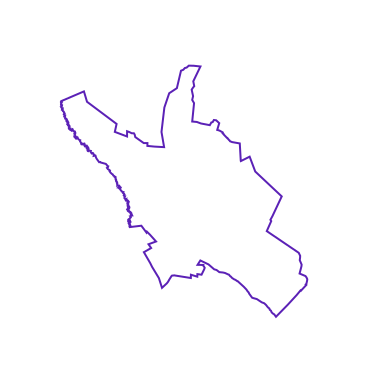 outline of Targu Neamt, Neamt, Romania, rotated 54°
{"feature_id": "2599482B68793228352723", "entity_name": "Targu Neamt", "entity_type": "district", "adm_level": 2, "iso_a3": "ROU", "parent_name": "Romania", "parent_adm1": "Neamt", "projection": "natural_earth1", "projection_center": [26.356, 47.204], "detail": "fine", "context": "isolated", "style": "outline", "palette": "violet", "viewbox_px": 384, "rotation_deg": 54, "n_neighbors": 0, "source": "geoboundaries", "source_scale": "gbopen_adm2", "svg_char_len": 5825}
<svg xmlns="http://www.w3.org/2000/svg" viewBox="0 0 384 384"><g transform="rotate(54 192 192)"><path d="M251.9,272.6L251.1,266.0L250.5,264.0L249.6,262.1L248.0,258.1L247.9,257.3L249.2,255.1L249.6,254.8L260.9,243.5L258.3,241.5L263.6,237.5L261.6,235.9L264.5,232.9L261.7,227.6L260.8,226.3L259.2,226.1L258.2,226.2L257.7,225.7L254.2,230.3L252.3,225.5L260.3,221.2L267.6,219.5L269.5,218.0L272.9,217.0L275.3,214.3L276.9,212.9L280.1,211.1L280.6,210.7L282.6,210.6L283.2,210.3L285.1,210.1L287.5,209.2L288.6,208.5L290.7,207.8L290.9,207.5L299.1,205.8L303.0,205.3L304.9,205.4L306.6,205.2L307.8,205.5L312.8,205.5L313.7,204.9L316.7,202.5L322.3,200.4L324.4,199.0L326.8,198.5L329.9,198.4L331.7,197.9L333.0,198.3L334.4,197.9L336.2,198.3L337.9,198.0L339.3,197.4L342.3,197.4L339.5,180.8L336.9,167.9L335.4,162.0L335.9,161.9L334.4,154.2L333.6,154.3L333.5,153.4L331.4,151.0L330.3,150.0L328.5,149.6L326.7,149.6L321.2,152.9L316.5,147.2L315.2,146.0L310.5,144.9L308.7,143.2L307.2,142.0L303.9,141.4L267.6,154.5L262.1,145.0L260.6,144.9L258.8,141.1L248.3,122.0L212.6,128.8L197.3,124.6L195.7,134.3L195.4,134.2L180.8,124.8L175.2,130.2L173.3,131.4L172.4,131.3L171.9,131.5L169.4,131.6L169.4,131.8L164.4,132.5L164.0,132.3L163.4,132.6L162.4,132.7L162.2,132.2L161.8,132.1L158.4,133.7L156.6,135.1L152.3,129.5L148.2,130.3L146.6,132.0L147.6,134.2L147.1,135.5L148.4,138.3L141.8,144.5L138.2,146.9L135.1,150.4L121.3,138.1L117.6,137.7L115.1,134.8L109.0,132.1L108.1,129.7L107.7,128.0L103.2,125.9L95.4,111.4L90.8,116.5L87.9,120.3L88.2,123.2L87.5,124.9L88.0,127.2L87.4,129.6L99.1,143.2L98.7,152.4L107.4,164.7L125.5,181.4L139.3,188.2L133.1,195.8L128.5,201.0L126.2,199.3L124.0,202.3L114.2,205.6L111.8,204.6L110.3,204.5L109.1,206.2L106.8,207.4L104.7,208.8L108.9,211.9L98.0,219.1L92.6,213.0L57.3,223.9L47.1,220.3L41.7,244.0L42.6,244.3L42.5,244.6L41.9,244.9L42.1,245.2L42.6,245.4L43.1,245.2L43.9,246.4L44.3,246.6L44.2,246.2L44.4,246.1L44.9,246.4L45.4,246.1L45.5,246.2L45.4,246.7L47.1,247.6L47.2,247.8L47.0,248.0L48.2,248.1L49.0,248.9L49.4,248.5L49.3,248.1L50.3,248.8L50.8,248.9L51.6,248.5L52.3,248.8L53.5,248.8L53.6,249.3L53.7,250.0L53.8,250.1L54.5,249.8L54.6,250.0L55.0,249.9L55.5,249.6L55.9,250.2L55.7,250.6L55.9,251.0L56.7,250.6L57.0,250.6L58.0,251.5L58.4,251.3L58.3,251.0L58.8,250.9L59.1,250.6L59.7,250.6L60.0,250.7L60.0,251.0L60.2,251.5L60.6,251.9L61.0,251.9L61.6,251.1L62.1,251.5L62.5,251.5L62.6,251.1L63.0,251.1L63.3,251.4L62.9,252.2L63.4,252.4L63.9,253.1L64.2,253.0L64.2,252.5L64.6,252.3L65.2,253.0L65.8,252.3L66.1,252.3L66.0,252.9L66.4,253.0L66.7,252.8L66.5,252.5L67.2,252.6L67.5,253.0L66.9,253.2L67.8,254.1L68.5,254.4L68.8,254.2L68.6,253.7L69.2,253.1L70.1,254.0L70.3,253.9L70.4,253.5L70.8,253.6L71.7,253.3L71.6,253.0L71.2,252.9L70.8,252.4L70.9,251.7L71.3,251.7L72.3,252.3L73.3,251.9L73.8,251.4L74.2,251.2L74.6,251.7L75.3,251.5L76.0,252.0L75.9,252.4L75.5,252.7L75.7,253.0L77.3,253.1L78.4,253.5L78.7,253.8L78.5,254.2L78.1,254.6L78.4,254.7L78.9,254.2L80.0,254.6L80.4,254.5L80.0,253.7L80.0,253.4L80.4,253.6L81.1,253.5L81.2,253.0L80.2,252.7L80.4,252.5L81.9,252.8L82.9,252.8L83.9,252.4L84.4,252.0L85.2,252.8L87.3,252.8L87.7,253.3L88.1,253.4L88.3,253.4L88.3,252.4L88.5,252.1L89.7,252.2L89.8,252.0L89.8,251.7L89.4,251.7L89.3,251.4L89.6,250.6L90.0,250.7L90.4,251.5L90.8,251.3L91.7,251.4L91.9,251.8L92.1,251.8L92.2,251.3L91.8,250.8L91.9,250.6L92.6,250.3L92.9,250.8L93.7,251.1L93.2,249.9L93.8,249.9L94.5,250.4L95.4,250.6L95.5,250.6L95.5,250.0L95.9,250.1L96.3,250.4L96.1,251.4L96.9,252.1L97.6,252.2L98.0,252.0L98.0,251.5L97.6,250.9L98.4,250.5L99.3,249.7L99.9,250.4L101.7,250.5L102.1,250.4L102.2,250.0L102.0,249.5L102.4,249.2L102.9,249.2L103.9,249.5L104.2,249.4L105.0,250.3L105.7,248.7L106.2,248.8L107.6,249.4L109.1,249.6L113.3,249.6L113.9,248.5L114.5,248.5L118.6,245.2L120.7,245.0L121.5,245.2L122.0,244.7L122.2,244.9L122.6,245.6L122.5,246.4L122.5,246.6L124.0,246.6L125.9,245.8L126.4,245.8L126.5,246.4L126.7,246.5L127.1,246.3L128.0,246.6L130.3,246.2L131.2,245.8L132.4,246.0L133.2,245.6L134.2,245.8L134.6,245.1L135.0,245.0L136.4,246.2L137.1,246.0L138.1,246.5L137.9,246.7L139.0,247.2L139.8,246.8L140.3,246.9L140.8,247.6L141.5,247.6L141.7,248.0L142.3,248.3L142.4,248.1L142.6,248.1L143.0,248.7L143.6,247.8L144.2,247.8L144.3,247.7L144.0,247.5L144.1,247.2L144.9,247.2L144.6,247.8L144.9,247.8L145.2,248.1L145.2,249.0L145.8,248.5L146.1,248.8L146.6,248.7L146.9,247.8L147.3,248.5L148.7,248.6L149.6,248.4L150.3,248.6L151.8,247.5L152.3,248.4L153.1,248.2L153.5,248.0L154.4,248.1L154.6,249.2L155.5,249.2L156.1,248.7L156.3,249.1L156.2,249.3L157.1,250.2L157.5,250.0L158.0,250.1L157.9,250.0L158.1,250.1L158.8,250.1L159.0,249.3L159.7,250.1L160.4,250.0L160.5,250.1L160.8,249.9L160.9,249.6L160.9,249.1L161.3,249.1L161.5,248.9L162.8,248.9L163.1,249.4L162.9,249.6L163.1,249.9L163.7,250.3L162.8,250.6L163.0,250.9L164.4,251.5L164.9,251.3L165.1,251.4L164.9,251.7L165.2,252.1L165.5,252.0L166.0,252.4L166.5,252.0L166.7,251.4L166.9,251.4L167.1,251.5L166.9,251.9L167.0,252.0L167.9,251.9L168.0,252.0L168.3,252.6L167.9,253.1L168.5,253.3L168.6,253.5L168.2,253.6L168.4,254.0L167.8,254.2L168.0,254.7L168.5,254.5L169.3,255.0L169.8,255.0L170.3,254.8L170.0,254.5L170.2,254.1L170.9,254.5L171.7,253.6L172.0,253.6L172.1,253.9L173.1,254.4L173.4,254.2L173.3,253.5L173.5,253.5L173.8,253.8L174.3,253.9L174.1,254.2L174.4,254.6L174.9,254.0L175.2,254.1L175.3,254.3L175.8,254.3L175.5,254.9L175.5,255.8L175.4,256.1L175.8,256.0L176.5,256.3L176.6,256.7L176.4,257.0L177.0,258.1L176.9,258.6L178.6,259.0L178.1,259.3L178.8,259.5L178.2,259.8L178.0,260.4L177.7,260.5L178.1,260.8L178.5,260.5L180.0,260.9L180.3,260.6L180.6,260.6L180.9,261.2L180.5,261.7L181.1,261.8L181.8,261.3L182.6,261.5L182.4,262.1L182.7,262.3L182.8,262.7L183.8,263.0L189.5,252.8L198.1,252.7L197.6,251.8L201.9,251.1L210.9,250.2L208.7,257.9L213.3,258.0L212.4,266.3L225.0,267.6L229.1,268.3L242.2,269.4L251.9,272.6Z" fill="none" stroke="#5b21b6" stroke-width="2"/></g></svg>